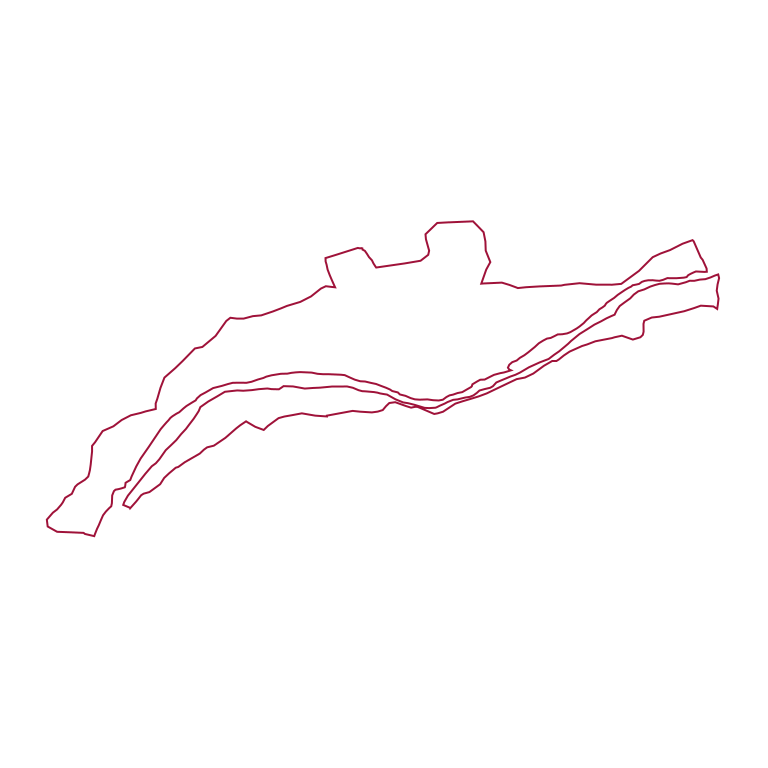 Isna, Qina, Egypt (Robinson projection), rotated 93°
{"feature_id": "37247803B29149830762978", "entity_name": "Isna", "entity_type": "district", "adm_level": 2, "iso_a3": "EGY", "parent_name": "Egypt", "parent_adm1": "Qina", "projection": "robinson", "projection_center": [32.548, 25.368], "detail": "fine", "context": "isolated", "style": "outline", "palette": "rose", "viewbox_px": 768, "rotation_deg": 93, "n_neighbors": 0, "source": "geoboundaries", "source_scale": "gbopen_adm2", "svg_char_len": 6046}
<svg xmlns="http://www.w3.org/2000/svg" viewBox="0 0 768 768"><g transform="rotate(93 384 384)"><path d="M551.1,665.4L549.0,664.8L543.7,663.0L539.9,661.4L535.1,659.7L529.8,657.7L526.0,655.1L522.4,652.0L520.4,650.0L517.3,649.5L509.5,649.6L505.1,648.1L503.6,646.6L502.9,643.7L502.0,640.8L500.7,637.4L499.2,637.1L496.2,636.9L495.1,635.3L493.2,632.4L489.5,631.2L479.3,627.1L471.1,623.1L459.4,615.8L440.7,604.6L436.5,601.4L433.6,599.1L431.5,597.3L429.1,595.6L427.3,593.6L424.5,589.7L422.9,587.0L418.9,583.0L416.3,580.1L412.6,574.8L410.2,571.2L408.2,570.1L404.7,566.6L401.8,561.8L397.0,554.4L394.4,545.9L392.2,539.8L390.7,535.0L390.2,526.7L390.0,521.4L388.7,516.4L386.1,510.1L384.3,504.8L382.8,501.9L381.2,496.8L380.1,491.7L379.2,487.5L378.7,481.0L377.7,477.0L377.0,472.7L376.5,468.3L376.4,456.8L377.3,450.9L377.4,445.6L377.1,439.1L377.0,427.6L377.2,423.7L379.3,418.4L381.2,413.4L382.5,407.9L382.5,403.0L383.6,397.0L384.4,391.9L386.1,386.7L387.6,381.9L389.2,377.7L390.6,375.4L391.7,369.7L393.6,367.6L394.7,361.9L396.7,356.6L397.7,352.4L397.8,347.6L397.1,339.8L397.6,334.2L397.6,328.5L396.6,324.4L393.7,320.9L391.9,317.9L391.0,314.5L389.2,310.1L388.0,305.4L385.0,300.8L382.5,296.9L381.7,296.2L379.7,295.7L376.7,291.3L374.7,288.1L374.3,283.7L371.4,278.7L369.1,274.6L367.1,268.5L366.2,264.8L365.2,262.0L363.7,257.9L363.0,259.7L361.2,261.1L358.2,259.9L355.5,257.1L353.6,252.7L350.8,249.7L347.9,245.3L344.9,241.7L339.2,235.4L335.2,231.5L332.3,227.3L330.1,223.6L329.3,220.0L327.1,216.0L325.4,213.1L325.0,208.7L323.9,203.8L322.5,200.7L318.4,194.4L316.3,191.7L312.7,187.7L309.8,185.3L307.2,182.7L304.7,180.3L302.7,177.6L301.1,175.3L298.1,172.8L296.1,169.9L294.2,167.6L292.5,166.7L291.3,165.8L289.3,163.2L286.0,158.7L282.8,155.3L280.5,152.3L277.5,148.3L275.2,144.9L273.8,142.3L272.4,140.9L271.5,137.3L270.7,134.5L268.5,131.8L267.4,129.1L266.6,125.6L266.3,121.1L266.5,117.6L266.5,114.3L265.4,110.8L263.4,106.5L263.4,104.6L263.2,100.4L263.0,97.2L262.5,93.1L262.1,90.1L261.4,87.4L259.4,85.9L257.9,83.5L256.4,80.7L255.3,78.4L255.3,69.9L255.0,67.5L251.8,67.9L243.3,72.3L241.1,74.3L225.3,82.2L224.2,83.4L228.3,93.2L235.3,105.4L239.2,114.6L243.3,122.3L257.7,135.3L271.6,152.3L272.9,161.4L273.4,171.4L273.7,177.3L273.1,194.0L275.5,208.9L276.4,212.2L278.4,233.8L279.9,247.1L281.2,255.4L280.7,256.8L278.5,263.9L276.6,271.6L278.4,289.9L278.7,292.1L264.4,287.9L256.7,284.2L245.5,289.4L236.3,290.2L227.2,292.5L221.6,298.5L216.9,303.6L219.0,325.8L219.1,326.6L219.1,327.2L219.6,331.9L220.4,339.3L232.3,350.4L237.2,349.7L248.5,345.9L252.7,346.6L259.0,353.9L262.5,369.6L268.1,397.9L267.1,398.7L264.2,400.8L261.1,402.5L258.1,405.6L254.8,407.9L252.0,410.1L250.9,412.5L249.7,412.7L249.5,413.8L249.8,415.0L249.5,417.3L254.2,429.8L257.4,438.3L260.0,445.4L261.3,449.0L264.7,448.7L267.8,447.6L272.7,446.3L278.1,443.9L283.0,441.5L288.3,438.8L290.0,437.9L289.8,441.3L289.4,447.2L292.0,452.0L300.4,461.5L301.7,463.8L306.4,471.9L311.1,485.0L313.8,490.7L317.4,498.8L321.9,510.2L323.1,518.5L326.0,527.5L326.3,532.9L326.4,534.2L325.9,540.9L329.3,544.8L344.8,554.7L356.5,567.3L358.4,574.7L371.6,586.3L373.0,587.6L379.1,593.3L389.1,603.6L399.5,607.0L410.6,609.6L415.4,611.0L420.9,610.6L423.8,620.5L425.6,625.4L428.5,635.2L433.7,644.1L440.4,652.0L445.7,662.5L457.3,669.5L461.1,672.3L466.6,672.0L480.0,672.7L485.5,673.2L488.7,673.8L491.9,674.5L495.2,677.6L500.3,684.8L502.8,687.1L510.0,690.0L514.3,696.4L519.1,698.6L521.5,700.1L526.4,703.9L529.8,707.9L537.1,713.6L543.9,712.4L544.7,710.8L548.7,702.7L548.5,688.7L548.4,677.2L548.4,676.2L548.7,675.8L549.4,674.8L551.1,665.4ZM521.4,631.0L514.3,625.3L511.1,623.0L507.8,620.7L506.1,618.3L504.2,612.6L495.8,602.3L489.3,598.6L484.4,593.9L478.5,587.6L477.6,585.1L472.5,578.8L463.1,564.3L459.0,560.4L456.5,557.3L454.5,550.7L446.1,539.6L436.1,529.3L432.7,525.4L428.5,519.8L429.3,518.4L433.5,510.3L436.2,501.7L432.0,497.8L423.6,487.5L421.7,481.8L420.0,474.4L417.6,464.5L419.2,451.0L419.4,439.3L418.6,439.4L412.5,413.9L412.9,406.3L413.0,394.6L411.9,388.8L410.1,383.9L406.0,380.8L402.7,377.7L401.6,371.9L401.9,370.8L404.9,360.8L406.2,355.7L405.3,352.3L405.1,351.1L405.1,349.4L405.7,347.5L411.3,332.3L410.5,328.9L408.6,323.6L399.9,311.8L397.1,304.5L394.4,296.9L391.5,289.0L388.0,280.9L382.7,271.2L375.7,258.3L372.2,251.8L370.2,243.6L366.1,236.1L365.8,235.5L357.4,225.2L352.2,217.2L352.0,213.0L350.3,210.6L346.1,205.9L341.9,200.3L335.7,188.2L333.9,183.3L330.3,175.2L326.2,158.7L325.3,156.3L323.3,148.9L323.6,148.0L326.6,137.8L323.9,130.4L321.4,128.1L318.2,127.5L310.4,128.0L307.2,127.4L306.7,126.4L303.6,120.1L302.4,112.6L295.6,88.0L291.9,78.2L289.2,71.7L289.3,59.1L291.6,55.2L289.2,55.0L287.5,54.8L281.2,54.4L273.4,56.6L267.1,56.1L260.7,54.9L257.1,56.0L258.4,59.3L260.5,63.5L262.5,68.6L263.2,74.0L264.7,79.5L264.9,84.1L266.6,88.0L269.1,95.5L268.7,101.4L268.6,105.0L268.9,108.8L269.5,114.0L271.1,118.9L272.8,123.2L275.9,129.0L278.1,134.9L281.6,139.2L285.6,142.6L289.9,148.0L293.8,152.7L297.9,155.3L301.8,157.0L302.7,157.3L304.2,160.4L306.8,165.3L310.1,170.6L313.7,177.0L317.8,182.7L323.9,191.4L331.2,199.4L334.2,202.2L337.3,205.5L342.2,210.8L345.9,215.6L350.4,220.9L354.2,229.5L359.7,240.1L365.6,249.0L367.9,253.2L369.9,258.1L371.7,261.8L374.9,268.5L376.6,271.9L380.5,275.1L382.2,277.7L383.8,283.2L385.5,288.3L388.1,290.9L390.7,294.1L392.4,297.8L393.3,302.3L395.5,309.7L396.2,314.1L398.7,319.6L400.4,322.4L402.7,327.0L404.5,330.2L405.0,331.4L405.7,337.6L405.7,342.2L403.2,352.4L401.9,359.0L401.4,363.9L398.7,371.7L394.4,380.4L394.1,383.4L393.6,387.5L393.0,390.0L392.6,393.5L392.3,402.4L392.3,405.4L391.5,409.1L389.4,414.9L388.4,420.7L388.7,425.7L389.2,435.4L391.0,447.7L391.7,454.9L392.7,462.9L391.2,474.7L391.4,484.2L392.9,486.1L394.8,488.7L395.0,496.0L394.6,500.2L395.7,508.7L397.0,515.5L398.1,524.2L398.1,530.2L400.1,542.5L405.2,550.1L410.7,558.6L416.7,566.2L420.7,567.6L423.7,569.3L428.6,572.2L435.0,576.6L439.2,579.4L444.7,584.0L450.9,588.5L456.7,593.9L461.5,598.5L470.9,604.4L475.1,607.7L478.3,611.6L486.1,617.6L495.8,624.5L499.7,627.3L508.9,633.9L515.4,637.2L518.4,638.1L520.9,631.2L521.4,631.0Z" fill="none" stroke="#9f1239" stroke-width="2"/></g></svg>